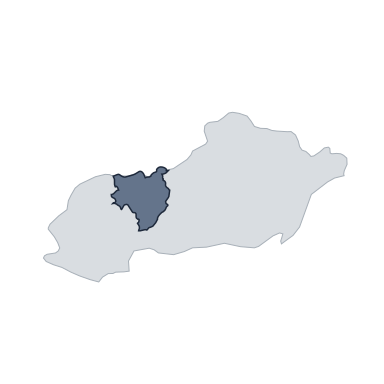 Dibër on a map of Albania (Equal Earth projection), rotated 259°
{"feature_id": "ALB-1526", "entity_name": "Dibër", "entity_type": "County", "adm_level": 1, "iso_a3": "ALB", "parent_name": "Albania", "parent_adm1": "", "projection": "equal_earth", "projection_center": [20.235, 41.61], "detail": "fine", "context": "in_parent", "style": "filled", "palette": "slate", "viewbox_px": 384, "rotation_deg": 259, "n_neighbors": 0, "source": "natural_earth", "source_scale": "10m", "svg_char_len": 3854}
<svg xmlns="http://www.w3.org/2000/svg" viewBox="0 0 384 384"><g transform="rotate(259 192 192)"><path d="M126.3,115.2L126.6,110.0L127.9,101.7L127.1,98.9L127.9,94.2L125.5,87.9L121.5,83.3L125.4,75.3L131.1,65.6L136.4,57.9L142.8,49.9L147.0,42.2L151.6,35.6L155.5,33.6L157.5,35.0L158.5,37.9L158.2,46.4L159.6,49.4L162.3,51.5L168.0,50.5L174.3,48.3L182.9,43.8L184.3,44.1L187.5,46.5L194.1,56.8L198.5,65.9L207.1,69.0L211.9,72.6L218.1,78.0L221.1,83.4L225.4,100.1L225.9,110.1L224.7,114.7L223.6,115.9L219.8,132.3L220.7,140.7L220.7,146.2L217.4,148.4L215.2,151.8L218.8,165.5L218.4,171.4L218.5,178.1L224.9,193.4L228.7,198.1L232.1,200.4L236.4,214.5L238.9,217.0L249.4,215.6L254.5,217.2L256.6,220.5L257.0,222.8L256.4,230.8L259.0,236.9L262.5,243.1L262.5,247.0L260.2,253.3L256.0,260.6L250.5,263.4L244.4,265.8L241.4,271.5L240.0,277.6L237.2,282.1L235.6,287.0L233.0,297.1L232.4,300.8L228.2,304.5L221.8,306.0L216.0,306.3L212.1,308.0L210.1,311.5L206.4,314.3L204.2,315.5L204.2,318.6L206.9,325.0L210.0,330.3L210.0,334.4L208.5,335.6L203.8,335.1L202.8,336.6L202.3,341.3L201.1,345.3L199.1,347.8L195.7,350.4L189.6,349.5L183.8,345.5L180.7,344.3L179.0,344.4L178.5,334.6L176.0,327.0L166.9,308.7L137.1,290.9L130.1,282.9L127.0,276.2L124.0,269.9L126.9,269.7L129.8,271.3L133.6,273.2L135.1,270.1L133.5,263.2L125.9,247.0L125.3,242.6L129.1,229.1L135.5,214.0L135.1,195.7L137.1,181.9L135.0,173.0L134.0,162.0L138.6,147.4L142.5,143.8L145.0,139.3L145.2,123.8L136.4,116.5L126.3,115.2Z" fill="#d9dde1" stroke="#a8b0b8" stroke-width="1"/><path d="M222.5,164.3L222.6,164.5L222.6,166.0L222.1,167.7L221.3,169.2L220.2,170.5L219.1,171.2L217.9,170.8L217.6,172.9L215.8,170.3L215.4,169.2L215.2,167.8L215.1,166.8L215.3,165.8L214.6,166.0L213.4,166.3L212.4,166.1L211.4,165.8L210.9,165.9L210.6,166.0L210.4,166.3L210.1,166.3L209.7,165.9L209.4,165.8L208.9,166.0L208.2,167.0L207.6,167.4L207.1,167.6L206.4,167.8L205.2,167.7L204.3,167.4L203.6,167.3L202.9,167.3L202.2,167.6L201.6,167.9L200.4,168.9L200.2,169.2L199.9,169.4L199.6,169.6L199.1,169.7L198.8,169.8L198.6,169.9L198.1,170.5L192.0,168.4L190.9,167.5L187.8,164.3L185.6,164.3L185.1,164.9L184.3,165.7L183.7,165.8L183.2,165.6L182.5,164.4L181.9,163.8L180.6,163.0L179.1,161.7L178.8,161.3L178.7,160.9L178.6,160.5L178.1,159.9L178.0,159.6L177.9,159.1L177.7,158.4L176.0,155.9L174.5,154.2L173.5,153.5L172.9,153.1L171.9,153.0L168.8,150.5L165.9,147.0L165.3,144.4L165.3,143.6L165.1,142.8L164.7,142.2L163.5,140.9L163.3,140.4L163.4,140.1L163.7,139.8L164.0,138.5L163.8,134.0L164.1,132.2L164.4,132.3L165.0,132.6L166.0,133.3L167.7,133.7L168.9,133.6L170.3,133.1L171.6,132.5L171.8,132.6L172.3,133.6L172.6,133.9L173.2,134.2L174.8,134.8L175.3,134.6L175.6,134.2L175.6,133.8L175.7,133.5L176.0,133.3L177.0,132.5L177.5,132.4L178.3,132.4L181.1,132.9L181.8,132.7L182.4,132.3L182.7,131.7L183.0,130.4L183.3,130.0L183.9,129.6L191.7,126.5L192.3,125.5L192.3,124.9L192.3,123.4L191.9,122.7L188.5,119.8L188.3,119.4L188.5,119.2L189.0,119.0L189.9,118.9L190.9,118.7L191.9,118.3L192.6,117.4L193.6,116.3L194.5,115.7L195.8,113.5L195.8,112.0L196.4,112.8L196.4,113.0L196.4,113.4L196.4,113.8L196.4,114.3L196.7,114.9L197.3,115.4L198.2,115.5L199.6,115.2L200.5,114.6L201.1,113.9L201.6,113.2L202.1,112.6L203.3,112.1L204.9,112.3L204.8,112.6L205.2,114.6L207.5,118.0L208.0,119.5L207.9,120.3L209.9,120.0L211.0,119.6L211.8,119.1L212.1,118.6L211.9,118.3L211.7,118.0L211.7,117.7L212.5,117.5L214.2,117.4L219.2,118.3L220.5,118.1L221.9,117.7L222.6,117.7L222.6,118.3L223.2,121.0L223.4,122.4L223.4,123.1L222.9,124.1L221.0,125.9L220.3,126.9L219.6,128.3L219.4,129.4L220.0,137.0L220.4,139.3L222.2,144.1L222.2,144.8L222.2,145.1L221.7,146.2L221.1,146.8L220.0,147.5L218.8,148.0L214.9,148.8L215.2,150.3L214.9,153.2L215.5,154.7L216.4,155.1L217.0,155.8L217.9,157.4L218.1,157.7L218.3,158.5L218.5,160.2L218.7,160.8L219.2,161.3L220.6,161.5L221.2,161.9L222.1,163.2L222.5,164.3Z" fill="#64748b" stroke="#1e293b" stroke-width="1.5"/></g></svg>